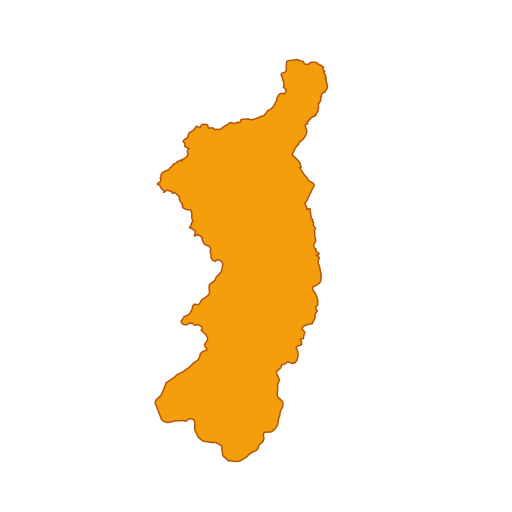 Hang Dong, Chiang Mai, Thailand, rotated 223°
{"feature_id": "78962969B1723139594347", "entity_name": "Hang Dong", "entity_type": "district", "adm_level": 2, "iso_a3": "THA", "parent_name": "Thailand", "parent_adm1": "Chiang Mai", "projection": "albers", "projection_center": [98.893, 18.724], "detail": "fine", "context": "isolated", "style": "filled", "palette": "amber", "viewbox_px": 512, "rotation_deg": 223, "n_neighbors": 0, "source": "geoboundaries", "source_scale": "gbopen_adm2", "svg_char_len": 6136}
<svg xmlns="http://www.w3.org/2000/svg" viewBox="0 0 512 512"><g transform="rotate(223 256 256)"><path d="M235.3,102.2L232.2,94.8L230.5,89.5L230.8,82.7L230.5,81.1L229.7,79.9L214.0,72.2L212.6,71.9L210.3,72.3L207.5,73.6L205.9,75.2L202.7,80.3L197.3,85.8L194.8,87.1L193.8,91.5L192.0,93.1L190.8,93.6L189.3,93.6L187.9,93.0L186.0,91.3L183.1,87.8L181.5,86.8L174.3,84.0L168.5,84.5L161.0,89.6L158.2,92.2L152.0,93.7L150.5,93.0L149.4,91.5L146.6,89.6L144.5,87.5L143.7,87.2L140.7,87.5L136.9,87.3L130.0,92.5L127.9,95.2L125.8,102.8L125.8,106.1L125.3,108.6L123.1,114.6L123.4,116.9L125.0,120.0L124.4,123.9L124.5,125.5L125.7,127.9L128.9,130.4L129.5,131.8L129.3,133.3L125.2,137.3L124.6,138.7L124.2,142.8L124.8,146.3L126.0,148.9L127.7,150.9L129.5,154.9L132.4,159.2L133.5,163.6L135.4,166.3L137.9,167.7L143.5,167.8L145.0,168.2L147.4,170.8L150.5,174.9L152.7,176.8L154.2,181.3L161.3,184.4L162.2,185.2L161.6,191.0L162.0,192.1L162.8,193.1L163.0,194.0L161.2,196.8L160.8,200.0L159.7,200.7L157.0,201.7L155.3,203.2L154.7,204.6L154.9,207.3L156.7,211.0L158.2,212.8L160.4,214.6L164.4,216.6L163.9,219.4L162.6,221.1L162.4,222.6L164.1,224.2L165.9,224.7L166.5,225.2L166.6,226.1L165.3,227.3L165.2,228.3L166.4,229.7L167.9,233.0L168.4,233.6L172.2,233.9L173.2,235.3L173.2,237.1L172.5,239.1L170.4,242.9L168.7,244.7L170.7,251.3L172.0,252.2L173.7,255.2L173.4,256.5L173.6,257.4L177.5,259.1L177.7,260.0L177.3,261.6L177.5,262.3L178.8,263.9L179.6,264.3L180.6,265.9L182.4,266.6L183.9,267.9L185.3,267.9L186.4,268.9L191.1,270.0L192.5,270.8L193.1,271.5L193.3,272.3L192.5,274.0L191.2,279.0L191.3,281.1L192.3,282.7L194.7,285.8L196.8,287.8L198.0,288.3L202.6,291.9L205.5,293.0L207.4,295.1L208.6,298.0L212.5,297.8L212.4,298.4L211.1,299.6L211.7,301.0L215.7,300.5L216.3,300.9L216.8,302.0L219.1,301.9L220.5,302.5L221.8,304.0L222.3,307.0L223.0,308.2L227.5,311.4L229.0,313.2L230.4,314.2L231.5,316.9L233.4,317.1L235.3,317.7L237.1,320.1L238.7,320.0L239.1,321.2L241.6,321.4L248.5,327.3L249.3,326.9L250.5,324.8L251.3,325.8L252.6,326.1L252.7,326.6L254.6,327.0L256.3,327.8L256.2,329.1L256.6,331.4L258.2,336.2L259.0,337.9L259.4,340.7L260.4,342.3L260.4,343.4L261.0,344.5L261.1,346.6L262.0,347.7L263.7,348.3L268.5,347.0L271.3,347.8L276.8,348.5L284.2,350.3L283.7,352.0L285.5,352.7L287.0,354.0L291.7,354.7L298.6,354.6L300.9,361.8L301.0,366.4L301.7,368.2L301.3,374.2L301.6,376.9L302.9,380.4L303.8,381.1L303.9,381.8L304.7,382.7L307.5,384.0L309.1,384.9L309.4,385.5L309.4,386.1L308.6,387.3L308.6,388.2L310.0,389.0L309.5,390.8L310.1,391.4L309.6,393.5L310.1,394.4L309.6,395.4L309.6,396.6L308.9,397.1L308.4,398.1L308.8,398.6L308.6,399.2L308.9,399.5L308.8,400.2L308.4,400.5L309.5,403.0L309.3,403.5L309.6,403.8L309.6,404.4L310.6,405.1L311.4,407.4L312.0,407.6L313.2,409.0L314.3,409.6L314.0,410.5L314.5,411.0L314.4,413.2L315.0,414.3L316.3,415.4L316.4,416.2L317.2,416.4L317.1,417.4L318.4,419.0L318.5,419.8L318.1,420.4L317.9,422.4L317.3,423.2L317.8,423.5L318.1,426.7L319.5,429.0L325.4,432.8L326.4,433.1L326.1,434.0L326.3,434.2L330.0,436.2L331.9,436.8L331.9,437.9L333.9,438.1L334.7,438.5L335.8,439.6L335.5,440.1L338.4,439.8L340.3,439.0L344.1,438.7L347.7,435.4L348.2,434.3L348.4,432.0L348.9,431.3L350.9,429.8L353.3,429.9L353.9,430.5L356.3,429.2L360.0,427.7L362.2,424.7L365.8,420.7L366.1,419.3L365.2,417.7L360.2,412.0L360.1,410.0L361.6,407.5L361.6,406.4L361.1,405.6L357.5,403.9L352.3,400.5L351.2,398.2L347.6,398.1L346.8,397.7L346.3,396.7L346.0,395.1L346.1,394.0L348.8,391.7L349.4,389.7L348.5,386.1L346.9,383.8L346.5,381.4L345.3,378.5L345.3,374.3L346.5,370.3L345.9,364.1L348.1,360.5L348.5,359.1L350.6,354.8L352.6,352.0L355.3,350.9L359.7,346.1L359.9,345.2L358.9,343.7L359.0,342.6L360.4,341.6L362.4,338.0L363.1,337.4L364.9,336.9L366.0,335.6L366.4,332.5L367.9,328.5L368.4,324.7L368.8,323.7L371.3,321.7L372.4,320.4L374.2,320.4L375.5,319.8L377.8,317.3L378.5,317.3L380.4,318.7L381.6,318.6L385.0,315.8L385.2,314.5L384.6,312.0L385.5,311.3L387.8,310.6L388.1,309.8L387.5,306.6L387.5,305.3L388.9,300.5L388.5,299.2L386.7,296.2L386.7,295.3L387.7,292.7L387.8,291.2L387.4,289.9L385.3,290.0L384.1,289.2L383.2,287.7L381.8,287.7L378.3,288.8L378.5,287.9L377.5,285.5L375.9,284.5L375.1,284.4L374.4,281.6L374.5,279.7L375.6,276.4L375.0,274.7L375.8,274.7L376.2,275.1L376.6,274.7L376.7,274.1L377.2,273.3L377.3,272.0L378.0,270.8L377.7,269.8L379.1,266.5L378.6,264.5L379.0,261.6L378.7,260.5L379.0,259.1L380.4,256.0L381.2,253.3L380.8,250.5L379.3,249.0L379.2,247.7L378.7,247.3L378.0,247.4L377.8,246.8L376.7,245.5L376.7,243.9L377.4,243.1L377.2,241.7L376.9,241.3L376.2,241.4L376.0,241.9L374.9,242.0L371.3,240.8L368.3,240.9L367.0,240.4L366.8,239.9L366.4,240.5L366.4,242.3L365.6,244.0L364.7,244.1L361.8,245.6L359.8,244.9L359.3,246.1L357.8,247.2L355.5,247.2L354.8,246.8L353.5,247.3L352.3,247.2L352.1,246.4L351.1,246.0L350.2,244.9L346.8,243.9L346.0,244.1L345.6,243.7L344.9,243.8L344.6,242.8L343.7,242.7L342.9,241.5L341.8,241.5L339.0,242.3L336.5,244.0L335.7,245.1L335.3,245.2L331.5,243.0L329.3,240.3L325.6,238.2L325.9,236.7L324.2,233.7L324.2,232.0L323.8,231.4L322.9,231.6L321.9,232.6L321.1,232.1L318.0,233.2L317.3,232.4L316.1,231.7L315.6,229.9L315.1,229.0L314.6,228.8L313.9,229.4L313.6,231.4L312.8,231.5L312.1,232.3L311.2,232.6L309.1,232.5L307.6,232.8L307.5,232.2L306.8,231.4L303.1,229.8L300.1,229.7L297.5,231.1L295.2,230.9L294.1,230.4L293.1,228.7L291.6,227.2L289.4,226.2L287.9,224.2L285.0,223.3L282.3,224.2L281.4,227.1L280.2,228.1L277.2,228.5L275.3,227.8L273.7,226.0L271.0,221.7L270.6,219.2L270.7,213.6L270.4,212.3L269.6,210.8L269.5,209.4L270.6,203.6L269.0,201.1L265.0,197.5L264.2,195.4L264.8,190.8L265.7,188.1L265.7,186.1L264.9,183.6L264.8,182.0L265.6,180.5L267.9,179.0L268.3,178.3L268.1,176.2L266.2,172.9L265.1,167.8L267.2,162.2L266.6,160.4L266.5,157.7L265.2,156.4L262.5,156.4L261.5,156.9L259.8,158.5L259.3,159.6L259.1,161.3L257.5,162.9L255.9,163.4L253.4,163.6L251.9,166.0L251.0,166.7L246.8,167.1L246.0,166.4L245.6,164.4L238.4,164.2L234.9,162.6L233.9,160.7L233.5,156.9L233.0,156.0L231.5,155.0L228.8,154.6L228.1,154.1L228.1,153.1L229.9,149.6L230.0,148.6L230.1,146.5L228.4,143.8L227.6,141.3L227.8,139.0L228.6,135.8L229.0,127.8L229.6,126.2L230.5,121.1L232.9,115.0L232.9,112.5L233.8,107.6L235.3,102.2Z" fill="#f59e0b" stroke="#b45309" stroke-width="1.5"/></g></svg>